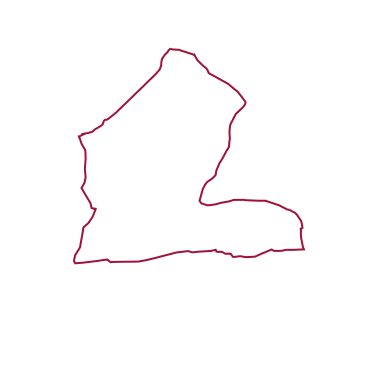 outline of Al Quoz, South Kordufan, Sudan, rotated 30°
{"feature_id": "16777658B4110492233788", "entity_name": "Al Quoz", "entity_type": "district", "adm_level": 2, "iso_a3": "SDN", "parent_name": "Sudan", "parent_adm1": "South Kordufan", "projection": "equal_earth", "projection_center": [29.964, 12.456], "detail": "fine", "context": "isolated", "style": "outline", "palette": "rose", "viewbox_px": 384, "rotation_deg": 30, "n_neighbors": 0, "source": "geoboundaries", "source_scale": "gbopen_adm2", "svg_char_len": 3057}
<svg xmlns="http://www.w3.org/2000/svg" viewBox="0 0 384 384"><g transform="rotate(30 192 192)"><path d="M67.3,197.3L68.9,196.8L66.5,200.4L66.3,200.5L66.8,201.0L67.0,200.8L72.3,205.5L77.8,208.7L79.0,209.5L83.4,216.6L87.5,225.3L92.5,232.4L94.3,237.9L94.3,243.8L104.2,249.4L109.8,252.5L112.9,256.0L113.0,256.1L114.1,255.8L116.5,254.9L116.5,255.4L117.2,255.2L117.3,256.0L118.3,263.2L117.8,270.7L115.7,277.0L116.7,279.6L117.7,282.2L122.7,296.0L122.5,303.3L122.4,305.2L124.2,310.7L126.4,312.2L132.0,308.4L143.5,299.8L152.1,293.0L153.0,293.2L153.4,292.9L155.7,293.4L156.5,293.6L159.3,291.6L163.8,288.9L168.8,285.9L170.3,285.0L170.5,284.9L172.6,283.7L177.3,280.9L180.1,279.2L180.3,279.1L182.3,277.4L187.4,273.0L194.3,266.4L195.5,265.2L197.2,263.5L201.0,259.8L208.8,252.1L218.2,245.1L222.4,244.2L226.9,240.8L234.4,235.9L237.8,233.6L240.6,231.0L241.4,230.2L242.9,231.4L244.8,230.7L247.1,229.1L248.1,229.1L248.5,228.8L251.9,228.8L255.3,226.5L255.9,226.8L256.7,226.3L259.9,227.7L261.6,226.7L265.8,223.5L271.2,221.5L278.9,216.5L283.2,210.5L289.7,202.0L290.9,202.0L292.4,202.0L292.9,201.7L294.6,200.8L298.8,198.3L302.6,194.9L307.1,192.4L317.7,185.7L315.6,184.2L309.4,177.1L307.5,174.3L305.5,170.7L305.0,170.1L304.5,169.4L304.7,169.2L305.2,168.7L305.6,167.8L305.3,167.4L304.5,166.4L301.3,162.7L298.7,161.4L293.5,158.9L292.7,158.9L291.8,158.5L288.7,158.7L285.4,158.8L284.0,159.2L283.4,159.5L281.4,159.6L273.7,160.0L270.8,160.6L270.7,160.7L269.4,160.9L267.4,161.3L261.2,162.6L260.5,162.9L260.2,162.7L255.1,165.7L242.5,172.3L239.7,173.4L238.6,174.3L237.3,174.9L232.2,177.9L229.0,181.4L222.4,187.0L220.8,188.6L219.3,190.2L217.5,191.8L212.3,195.7L205.9,197.2L202.9,195.8L199.9,184.1L199.8,183.7L199.8,183.3L199.7,178.8L199.9,177.4L200.2,175.5L202.6,170.7L204.0,165.5L203.9,165.2L202.4,161.4L202.3,160.7L202.2,160.0L201.4,153.6L201.5,151.2L201.6,147.0L201.3,138.9L201.4,137.6L201.5,134.4L201.4,134.3L200.7,133.1L200.7,132.8L199.5,130.4L199.4,130.2L198.9,128.9L197.8,126.2L196.6,124.8L196.3,124.2L196.0,123.6L194.5,121.5L194.4,121.3L192.4,116.9L192.1,116.2L191.4,113.8L191.4,113.4L191.4,112.4L191.2,108.8L190.9,102.6L192.0,98.9L192.1,98.7L192.7,96.6L192.8,96.2L193.6,93.7L194.1,91.3L194.0,89.4L194.0,88.9L193.2,87.2L191.6,86.5L188.5,85.2L188.3,85.1L181.6,82.4L176.0,81.5L175.2,81.3L172.1,80.8L169.9,80.4L169.0,80.2L167.7,80.3L162.7,80.4L150.1,80.6L148.0,80.7L147.1,80.7L145.6,79.5L144.5,78.6L142.2,77.7L140.3,77.4L140.0,77.3L139.1,77.2L137.7,76.9L137.0,76.8L131.5,75.3L131.0,75.2L130.5,75.0L129.5,74.4L129.3,74.3L125.1,71.8L124.8,72.4L123.8,72.4L113.1,74.7L109.6,75.4L104.2,78.1L103.3,78.4L101.5,78.9L100.9,81.0L100.9,83.0L99.8,86.9L99.6,90.2L99.5,91.4L99.9,93.1L100.1,93.6L100.8,95.5L101.9,97.4L102.0,97.9L102.3,99.2L102.8,102.0L102.2,105.0L101.9,106.6L101.9,106.9L98.3,119.7L98.2,120.1L97.8,121.6L93.8,135.7L91.3,144.5L88.2,155.2L86.6,161.1L82.5,171.5L80.4,173.3L80.1,174.9L80.8,177.5L80.7,178.3L80.6,179.1L78.8,182.6L77.0,185.6L76.4,186.9L76.2,187.8L75.7,189.5L72.3,193.1L70.2,194.8L68.8,195.9L68.6,196.2L67.3,197.3Z" fill="none" stroke="#9f1239" stroke-width="2"/></g></svg>